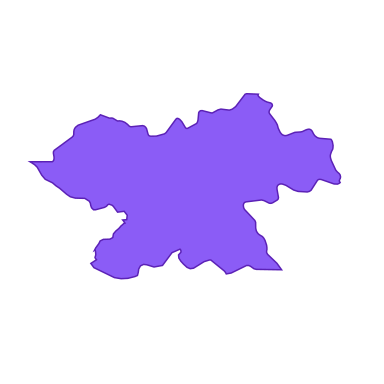 outline of Královéhradecký, rotated 165°
{"feature_id": "CZE-1598", "entity_name": "Královéhradecký", "entity_type": "Region", "adm_level": 1, "iso_a3": "CZE", "parent_name": "Czechia", "parent_adm1": "", "projection": "natural_earth1", "projection_center": [15.778, 50.402], "detail": "fine", "context": "isolated", "style": "filled", "palette": "violet", "viewbox_px": 384, "rotation_deg": 165, "n_neighbors": 0, "source": "natural_earth", "source_scale": "10m", "svg_char_len": 3476}
<svg xmlns="http://www.w3.org/2000/svg" viewBox="0 0 384 384"><g transform="rotate(165 192 192)"><path d="M125.6,93.7L149.8,100.6L152.0,101.8L154.7,105.1L156.2,106.3L158.3,106.9L175.1,103.6L180.1,104.0L180.5,105.7L181.2,107.3L191.4,121.4L192.7,121.8L198.3,121.6L210.2,118.0L213.6,118.4L216.3,120.5L218.9,124.6L220.7,128.1L221.8,131.6L221.3,134.7L218.4,136.6L218.0,137.5L217.9,138.3L218.0,139.1L218.4,139.9L227.0,138.6L239.5,128.7L248.1,129.4L254.5,133.4L257.5,134.6L260.9,134.0L263.4,131.4L264.8,128.1L266.3,125.5L268.9,125.1L276.3,125.2L282.9,126.6L289.1,129.4L306.3,144.3L308.2,149.2L301.8,151.3L302.6,153.3L302.6,154.1L302.0,154.8L301.2,156.3L300.9,157.7L300.6,159.6L300.6,161.2L301.2,161.0L299.4,163.0L295.3,166.3L293.4,168.5L289.9,169.2L283.5,167.7L280.3,168.5L278.7,171.9L275.7,174.0L272.1,175.7L269.0,177.8L267.9,178.2L266.1,179.2L264.8,179.3L265.8,182.1L266.2,182.9L262.2,182.2L260.6,186.3L262.5,190.9L269.1,191.8L271.7,198.5L272.7,200.0L275.3,201.7L276.7,201.5L278.2,200.4L280.5,199.8L289.8,199.8L291.7,200.3L293.1,202.7L293.3,205.1L293.1,207.5L293.6,209.7L297.2,213.6L306.3,216.3L310.8,218.9L313.7,222.3L318.9,229.9L321.8,233.2L324.4,237.0L330.5,242.3L332.8,247.2L335.1,256.0L337.0,259.2L340.6,263.1L319.1,257.4L318.1,257.8L317.2,258.7L316.6,260.0L316.2,261.5L315.9,265.0L315.5,266.6L314.3,267.9L293.4,276.1L292.2,276.9L291.4,278.0L290.4,281.3L289.7,282.7L288.7,283.9L287.5,284.8L284.7,286.0L266.6,287.4L263.5,288.5L260.5,290.3L252.6,284.7L250.3,284.2L249.3,283.7L246.1,280.4L245.4,279.8L243.6,279.5L241.3,278.5L238.9,276.7L236.9,274.2L235.4,271.6L234.1,270.8L222.5,268.9L220.9,267.9L220.0,266.5L219.5,264.9L219.5,259.6L219.3,258.2L218.7,257.3L217.5,256.6L211.9,255.2L203.5,255.3L201.6,256.1L188.7,266.5L187.5,267.0L186.7,266.8L185.8,266.1L185.0,265.2L183.6,262.5L181.7,255.8L181.0,254.9L179.9,254.6L169.8,257.0L168.6,258.2L167.6,259.9L165.0,266.9L164.0,267.9L162.7,268.3L161.1,268.0L152.9,263.4L151.8,263.1L145.6,264.6L142.6,264.6L134.7,261.4L131.6,261.6L127.7,263.2L115.4,272.7L113.8,272.8L102.6,269.3L103.2,268.6L103.1,267.5L102.3,265.9L99.7,262.7L97.7,260.7L96.2,259.5L92.9,257.6L92.4,257.0L91.9,256.2L91.9,254.9L92.3,254.1L95.6,251.3L96.4,250.3L96.7,249.7L96.9,249.2L97.0,248.5L96.6,247.1L93.5,239.7L92.7,237.0L92.2,234.8L92.2,231.3L91.4,226.9L90.8,225.4L89.9,223.9L88.3,222.7L86.9,222.2L85.4,222.1L77.2,223.0L71.6,221.9L69.8,221.8L66.0,222.5L64.6,222.6L63.1,222.5L62.0,222.1L60.9,221.1L60.2,219.7L59.6,216.8L58.9,214.7L57.2,212.4L55.9,211.4L54.7,210.8L44.7,207.2L44.1,206.9L43.7,205.9L43.4,204.2L43.7,200.4L44.4,198.3L44.9,197.1L46.7,195.1L48.4,192.6L49.1,191.1L49.4,189.0L49.3,186.4L47.5,176.0L47.0,174.9L46.4,173.7L45.0,171.6L44.5,170.1L44.6,168.1L45.3,166.7L45.5,166.6L46.1,165.8L46.8,164.8L46.8,163.9L46.4,162.9L46.9,162.5L47.5,162.3L48.4,162.1L49.5,162.0L52.7,163.0L63.9,170.6L65.3,171.2L66.5,171.3L67.7,170.9L76.5,162.9L78.4,162.2L80.6,162.2L89.4,165.1L93.3,167.6L99.5,174.1L102.5,176.2L104.0,176.8L105.4,176.9L106.7,176.6L107.9,175.8L108.8,174.4L109.2,172.5L109.9,164.3L110.6,162.9L111.7,162.2L116.9,160.7L118.1,160.6L119.3,160.8L120.4,161.3L124.6,165.0L126.9,166.3L142.4,168.5L143.9,168.3L145.0,167.5L145.8,166.1L146.1,164.3L146.1,162.7L145.6,161.2L138.7,148.3L138.5,147.3L138.4,146.2L139.8,140.7L139.9,139.2L139.9,137.6L139.5,136.1L138.9,134.6L138.0,133.3L135.5,130.7L134.6,128.8L134.0,126.4L133.7,121.4L134.0,119.1L134.5,117.1L135.2,115.7L135.6,114.2L135.1,112.2L128.4,101.1L125.6,93.7Z" fill="#8b5cf6" stroke="#5b21b6" stroke-width="1.5"/></g></svg>